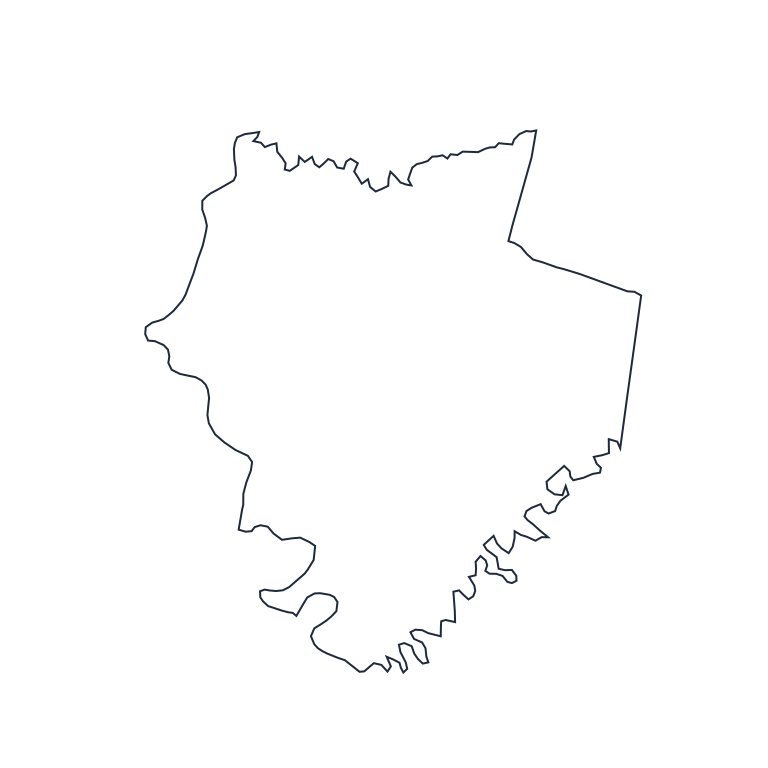 Ubiratã, Paraná, Brazil, rotated 15°
{"feature_id": "56859067B31755349623241", "entity_name": "Ubiratã", "entity_type": "district", "adm_level": 2, "iso_a3": "BRA", "parent_name": "Brazil", "parent_adm1": "Paraná", "projection": "mercator", "projection_center": [-53.022, -24.51], "detail": "fine", "context": "isolated", "style": "outline", "palette": "slate", "viewbox_px": 768, "rotation_deg": 15, "n_neighbors": 0, "source": "geoboundaries", "source_scale": "gbopen_adm2", "svg_char_len": 3776}
<svg xmlns="http://www.w3.org/2000/svg" viewBox="0 0 768 768"><g transform="rotate(15 384 384)"><path d="M294.2,560.4L296.1,555.7L301.3,552.4L308.6,551.9L316.2,557.1L325.8,560.9L335.3,556.8L342.8,554.1L352.6,555.9L359.4,558.2L361.6,572.1L358.4,583.0L356.4,587.8L345.0,604.7L339.6,609.5L333.3,611.9L327.3,613.0L321.9,613.5L317.9,616.3L319.7,622.0L323.3,625.2L329.6,628.5L343.9,629.3L350.5,629.3L355.1,628.7L359.4,630.7L362.6,618.7L365.1,610.0L371.1,604.3L376.5,602.6L386.1,601.7L390.9,602.6L395.5,606.6L396.8,615.7L393.4,622.0L389.6,627.4L385.6,632.0L379.9,638.1L378.7,646.5L383.9,653.3L388.5,656.3L393.3,657.9L399.1,659.1L409.9,660.4L417.6,660.9L434.9,668.3L439.3,666.7L446.4,656.3L454.2,656.0L461.8,660.9L463.7,655.0L457.2,646.8L463.7,647.6L471.1,649.2L473.8,653.8L477.4,657.7L480.1,653.1L477.1,647.3L469.4,638.9L465.9,632.0L470.6,629.0L478.6,630.1L483.1,636.7L488.2,641.0L493.9,644.0L498.9,641.4L495.5,636.4L492.5,628.5L487.7,623.8L479.1,622.5L473.8,617.0L477.8,613.2L484.6,611.9L491.2,613.2L504.1,613.0L501.7,603.4L500.7,598.4L504.6,596.0L514.3,595.6L511.1,584.8L504.8,566.7L509.9,563.9L514.6,566.7L521.3,570.2L525.1,566.0L525.7,560.4L523.5,555.4L516.0,548.3L522.0,545.0L520.7,538.3L518.5,532.0L521.7,525.2L527.9,528.1L530.6,532.4L530.3,538.3L535.1,539.9L541.5,538.3L548.2,538.7L554.4,543.2L559.1,543.2L562.9,539.7L561.4,535.0L555.7,530.5L549.2,532.5L542.6,532.8L537.6,522.1L526.2,517.6L522.0,513.6L525.4,508.2L529.2,502.3L534.4,508.8L540.1,512.4L548.2,515.1L550.4,508.0L550.0,499.0L548.3,492.4L555.5,494.4L561.6,494.6L570.8,496.2L576.0,491.1L582.2,489.6L572.3,485.1L564.2,480.9L557.9,478.3L554.0,475.5L554.5,469.8L558.6,465.4L566.4,459.5L572.0,465.4L576.5,466.5L582.2,462.4L582.5,456.9L584.7,451.0L590.9,443.1L585.9,435.5L585.2,445.2L577.3,446.4L569.1,443.4L566.3,436.3L574.3,424.0L579.2,416.5L585.9,420.2L587.9,425.1L591.7,428.0L600.6,423.2L608.7,416.9L615.6,413.7L615.2,408.7L610.2,406.1L605.5,400.1L613.2,396.3L619.2,392.5L617.2,385.7L615.4,379.1L624.3,379.3L628.8,385.0L622.6,336.5L614.9,274.8L609.5,232.0L602.0,230.1L595.1,231.5L544.7,227.1L528.2,226.5L520.8,226.6L505.6,225.4L495.7,225.2L488.5,221.6L480.8,216.2L473.4,214.1L467.2,213.8L467.0,197.7L467.2,183.5L467.9,126.9L465.4,99.7L460.5,102.1L455.8,102.9L450.1,107.6L446.4,114.2L445.9,119.4L439.3,120.6L432.5,121.7L430.0,126.6L425.2,128.0L421.1,130.4L414.8,135.7L405.7,137.8L399.9,139.2L395.6,143.8L388.8,144.9L386.9,149.8L381.4,147.9L376.7,150.3L371.7,151.9L368.5,157.3L363.3,160.7L358.8,163.1L355.3,167.7L354.8,173.8L354.4,180.2L359.1,185.1L353.9,185.6L347.7,185.1L341.5,180.8L335.3,177.3L335.3,184.6L336.8,191.5L331.1,196.4L326.1,200.2L319.5,197.2L315.5,190.3L310.7,196.3L304.8,190.6L300.2,186.5L301.6,177.5L293.4,175.0L289.9,179.0L289.4,186.5L282.7,187.0L277.7,181.9L271.9,181.1L268.6,186.8L265.4,191.4L260.2,189.5L255.7,183.2L250.0,190.0L243.1,186.3L244.5,194.7L237.8,202.5L232.6,202.5L231.9,196.3L227.2,192.0L220.8,187.3L217.8,179.4L212.8,182.1L207.6,186.0L202.7,182.8L195.0,183.2L197.7,178.1L198.2,172.9L192.0,175.7L185.0,178.6L178.3,183.7L177.6,189.8L178.2,195.8L181.5,206.3L184.5,212.9L187.0,220.8L186.1,226.3L178.8,233.6L172.4,239.9L167.7,244.2L164.7,247.8L161.1,254.0L163.3,262.5L168.2,269.8L172.0,277.0L172.6,283.1L173.1,297.0L172.6,303.3L171.9,311.5L171.4,326.8L170.4,336.5L169.2,349.0L167.7,355.3L161.8,367.8L158.4,372.8L154.3,378.2L150.1,381.2L144.2,384.7L139.2,390.8L140.4,397.6L144.9,403.1L151.8,401.9L161.2,403.5L166.5,406.8L169.5,412.9L170.2,419.4L175.2,425.2L184.3,427.1L200.5,426.2L206.8,427.8L211.9,430.8L215.2,434.9L218.7,442.8L220.0,451.0L221.5,459.8L225.0,467.3L233.9,476.4L245.1,481.8L257.7,486.2L271.1,488.6L276.8,493.5L277.8,502.0L276.5,514.5L276.5,520.5L276.6,526.7L279.3,537.1L279.5,542.5L281.3,562.3L288.5,562.5L294.2,560.4Z" fill="none" stroke="#1e293b" stroke-width="2"/></g></svg>